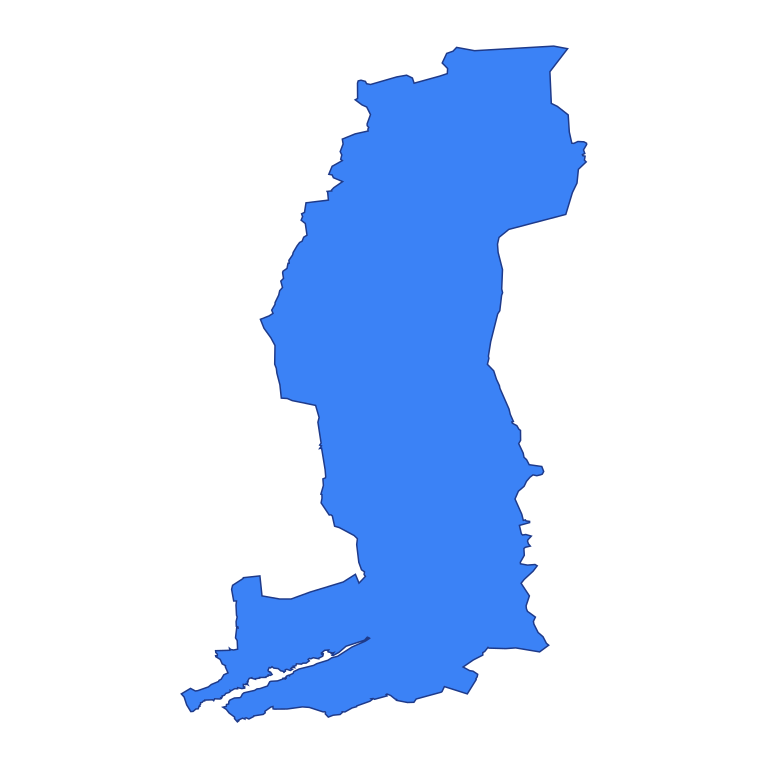 Kvinesdal nor, Vest-Agder, Norway
{"feature_id": "86288312B37428940692053", "entity_name": "Kvinesdal nor", "entity_type": "district", "adm_level": 2, "iso_a3": "NOR", "parent_name": "Norway", "parent_adm1": "Vest-Agder", "projection": "natural_earth1", "projection_center": [6.911, 58.518], "detail": "fine", "context": "isolated", "style": "filled", "palette": "blue", "viewbox_px": 768, "rotation_deg": 0, "n_neighbors": 0, "source": "geoboundaries", "source_scale": "gbopen_adm2", "svg_char_len": 6109}
<svg xmlns="http://www.w3.org/2000/svg" viewBox="0 0 768 768"><path d="M190.8,711.6L193.1,711.4L195.9,709.0L198.2,708.8L199.1,706.2L199.9,706.2L199.7,705.3L200.5,704.4L200.6,702.7L202.2,702.3L203.4,701.0L204.7,700.9L204.7,700.1L212.6,699.8L213.7,700.7L214.6,698.8L220.1,699.0L221.3,698.5L220.9,697.7L221.7,697.7L222.3,696.8L222.1,696.0L224.5,695.2L225.8,693.4L229.0,692.5L230.4,691.4L230.2,690.4L231.0,690.8L234.7,688.7L237.6,688.8L237.6,687.6L241.8,688.6L244.7,688.1L244.7,686.9L243.4,686.7L243.3,684.4L245.8,684.6L246.0,683.8L247.8,684.7L247.1,683.5L247.5,683.2L247.3,681.8L248.1,681.7L247.8,680.9L249.2,678.4L251.7,677.7L251.7,678.2L255.5,679.3L255.5,678.7L259.7,678.1L259.6,677.5L265.9,677.4L265.9,676.8L268.4,675.9L268.3,675.0L270.4,675.4L272.1,674.5L270.7,672.4L270.1,672.7L269.7,671.6L268.5,671.5L268.0,670.2L269.2,667.5L270.6,667.9L272.0,666.7L273.8,668.1L278.2,668.6L280.7,670.8L283.2,671.3L284.3,672.9L283.9,671.7L285.4,671.2L285.3,669.7L286.8,669.3L290.4,670.5L292.4,669.3L290.9,668.5L292.1,667.3L294.5,667.6L293.4,666.2L295.9,665.7L296.4,663.8L301.6,664.1L302.8,663.2L306.1,663.1L309.3,660.9L308.1,659.4L309.3,658.4L310.9,658.8L313.2,657.7L318.8,658.8L318.8,658.2L322.7,656.2L323.0,655.3L321.9,654.3L323.2,654.3L323.3,653.7L321.7,652.7L324.7,650.3L328.6,650.0L327.9,651.0L328.1,651.9L332.0,652.8L330.6,653.8L333.8,652.6L332.0,655.2L333.1,655.5L338.8,652.5L346.1,646.2L364.5,640.2L366.7,637.8L366.6,639.2L368.2,637.5L369.6,638.3L370.3,637.9L365.2,641.2L352.0,647.0L337.6,656.3L331.7,657.8L328.0,660.2L316.7,663.7L313.6,665.4L299.1,669.0L293.8,671.6L293.1,673.4L289.4,675.1L289.4,675.7L288.5,675.2L286.5,676.1L285.3,677.8L286.1,677.5L286.2,678.1L284.5,678.1L284.9,678.9L282.8,678.4L282.7,679.1L277.5,680.9L270.9,681.3L269.7,681.8L267.5,686.0L259.9,688.6L257.0,688.9L254.6,690.4L244.0,692.8L242.4,694.1L241.0,696.9L239.8,697.7L234.4,698.0L230.0,700.0L228.9,701.4L228.6,704.0L226.5,704.5L226.3,706.4L222.9,707.2L226.3,709.4L229.1,713.0L234.6,717.1L234.5,718.6L237.4,721.9L238.8,720.8L238.2,720.2L242.5,718.2L244.7,719.0L244.5,718.5L246.1,717.8L248.9,719.0L253.7,716.5L253.8,715.9L263.2,714.4L265.2,712.8L264.9,711.3L270.8,707.1L272.9,706.5L273.1,708.9L274.7,709.1L287.0,709.0L302.4,706.9L309.3,707.4L323.1,711.9L324.9,711.7L325.5,712.3L325.3,713.9L328.3,717.1L333.2,715.2L340.1,714.5L342.3,712.5L342.2,711.8L345.0,711.9L352.2,707.9L356.6,706.7L356.8,705.9L370.0,701.2L372.2,699.5L371.2,698.8L373.2,698.5L374.5,699.3L387.0,695.9L386.1,694.5L387.0,694.0L390.7,695.5L395.0,699.0L396.6,699.5L396.3,700.2L396.8,700.4L407.5,702.5L413.9,702.3L416.2,699.0L441.1,692.2L442.0,691.6L444.4,686.6L467.3,693.9L476.2,679.6L475.9,678.8L477.2,676.8L477.7,674.3L473.1,671.2L469.6,670.6L463.1,667.0L473.4,659.9L482.8,655.1L482.8,652.6L484.7,651.5L488.0,647.4L488.9,648.1L505.7,648.6L515.7,647.9L539.6,651.9L548.7,645.2L546.4,643.3L543.0,636.7L538.1,632.5L533.9,624.1L533.4,621.4L535.4,617.1L527.5,611.4L526.4,608.7L526.1,605.8L529.4,595.9L521.1,583.3L524.2,579.4L533.1,571.2L537.2,565.8L535.0,564.5L527.5,565.1L520.5,563.8L520.3,562.3L524.3,555.3L523.9,548.5L525.3,547.3L530.3,546.1L528.4,543.8L527.5,541.1L528.0,539.7L531.3,536.1L525.8,534.5L522.5,535.0L521.3,533.6L519.4,525.4L529.6,522.6L529.6,521.4L526.0,520.9L525.4,519.9L523.3,520.4L521.8,514.3L515.0,499.0L518.4,491.2L524.1,486.3L526.5,481.3L530.0,477.2L533.0,474.9L536.8,475.7L540.6,474.8L542.3,474.1L543.7,471.5L541.8,466.5L529.2,464.7L526.6,459.7L524.0,457.3L523.2,453.1L518.7,443.6L520.6,440.3L520.5,430.4L518.8,429.1L516.9,425.7L512.3,423.2L511.9,421.9L513.4,421.5L510.3,414.4L509.0,409.0L499.9,388.3L499.4,385.6L496.5,379.4L493.7,370.8L487.4,364.3L488.9,358.3L488.4,356.2L490.7,341.7L497.7,313.9L499.8,310.7L501.6,295.3L502.6,292.7L501.7,289.0L502.5,269.6L498.1,252.3L497.5,244.1L499.0,237.4L508.8,229.4L565.8,214.4L572.4,192.6L577.0,183.1L578.4,169.3L586.2,161.9L584.4,160.1L585.1,156.2L582.7,155.6L582.4,154.6L584.8,153.5L583.5,149.9L586.7,144.4L586.5,143.2L583.9,141.8L577.9,141.5L573.8,143.4L571.8,143.2L569.3,132.0L568.2,114.9L557.4,106.4L551.3,103.4L549.9,71.7L567.6,48.7L553.7,46.1L474.6,50.7L456.6,47.4L453.0,51.2L446.7,53.4L442.2,63.0L447.6,68.5L447.3,73.6L439.8,76.1L414.1,83.2L412.4,78.0L406.6,75.2L396.8,76.9L370.5,84.5L366.6,83.7L365.4,81.4L361.0,80.2L358.2,80.9L357.5,83.1L357.6,98.5L355.2,99.8L362.0,104.9L366.7,107.0L370.5,114.6L367.1,123.9L367.2,125.7L368.7,127.4L367.9,129.1L368.1,131.0L355.1,133.9L342.3,139.1L343.1,144.0L340.2,151.6L341.8,154.9L340.7,159.3L342.3,160.6L332.1,166.3L328.8,174.3L332.1,174.9L333.4,177.7L342.6,181.6L333.9,187.6L331.5,190.1L331.7,190.9L327.1,191.4L327.7,192.4L328.4,200.1L306.0,202.8L304.5,212.4L301.6,213.8L302.6,216.7L301.1,220.2L305.3,223.5L307.0,235.2L303.7,237.2L302.1,241.2L299.6,242.5L297.1,245.8L293.2,252.4L292.6,254.9L288.9,260.3L289.2,263.2L288.0,263.3L287.0,268.4L283.0,271.2L282.6,272.8L283.5,278.4L280.8,281.1L282.5,287.5L279.7,290.7L278.7,295.1L275.1,302.5L275.0,304.4L271.7,310.1L273.0,313.4L269.1,315.9L260.4,319.3L264.0,328.3L270.8,337.7L275.0,345.5L274.7,364.2L276.3,368.3L276.9,373.2L279.9,384.8L281.3,398.1L287.3,398.5L292.2,400.6L315.6,405.4L319.1,417.5L317.9,422.2L321.1,443.1L319.7,445.1L321.5,445.9L319.7,448.5L321.6,448.2L325.1,469.6L325.7,476.6L325.5,477.8L322.9,478.9L323.4,485.5L320.9,494.2L321.9,494.5L322.0,498.2L321.1,502.9L329.2,515.0L330.9,514.8L332.3,515.9L334.6,526.2L339.3,527.6L354.1,535.5L357.4,538.7L356.7,544.6L358.8,562.3L361.5,569.8L364.5,571.8L364.1,574.5L365.4,576.4L359.0,583.1L355.4,574.3L343.2,582.0L310.3,592.0L291.1,599.0L279.6,599.0L262.0,595.9L259.9,575.9L243.3,577.7L243.1,578.5L232.6,585.3L231.6,589.3L233.7,601.0L236.5,601.0L236.0,605.1L236.5,615.3L237.2,616.9L236.1,621.6L236.3,626.3L237.9,626.9L238.1,628.0L236.7,627.8L235.5,637.9L237.2,640.5L237.6,649.2L233.6,650.0L230.7,649.5L229.5,648.4L229.8,650.3L215.6,650.7L215.8,652.5L217.4,654.2L217.3,655.8L215.6,655.7L215.8,656.7L220.2,659.4L222.2,663.9L225.5,665.7L225.3,666.8L228.0,672.9L223.8,674.8L221.2,679.2L219.0,680.4L218.5,681.5L211.3,684.5L208.4,686.9L197.9,690.6L195.4,691.0L190.5,688.4L181.3,693.9L184.1,697.0L186.7,704.9L190.8,711.6Z" fill="#3b82f6" stroke="#1e3a8a" stroke-width="1.5"/></svg>